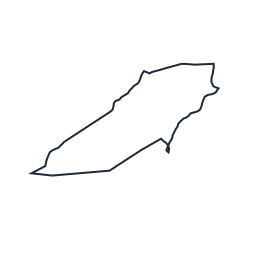 Santa Lúcia, São Paulo, Brazil (Albers equal-area conic projection), rotated 150°
{"feature_id": "56859067B77203657890753", "entity_name": "Santa Lúcia", "entity_type": "district", "adm_level": 2, "iso_a3": "BRA", "parent_name": "Brazil", "parent_adm1": "São Paulo", "projection": "albers", "projection_center": [-48.079, -21.668], "detail": "fine", "context": "isolated", "style": "outline", "palette": "slate", "viewbox_px": 256, "rotation_deg": 150, "n_neighbors": 0, "source": "geoboundaries", "source_scale": "gbopen_adm2", "svg_char_len": 1083}
<svg xmlns="http://www.w3.org/2000/svg" viewBox="0 0 256 256"><g transform="rotate(150 128 128)"><path d="M234.2,137.0L217.4,124.7L165.4,100.3L142.7,101.5L127.0,102.3L104.8,102.2L103.6,98.3L102.5,96.2L102.0,92.7L99.6,94.4L96.8,96.0L94.5,97.4L93.1,99.3L90.1,101.2L87.0,103.3L84.4,104.5L82.3,106.6L79.0,107.6L75.2,108.4L72.7,108.0L69.4,108.2L66.8,109.4L64.0,108.8L61.8,108.1L58.8,107.6L56.0,108.1L53.9,109.7L50.7,113.0L48.3,114.9L45.9,116.7L42.2,116.7L38.0,115.2L34.4,114.9L29.8,117.1L31.6,119.3L33.2,121.5L32.7,126.3L30.4,129.9L27.7,132.4L25.5,135.1L23.1,138.1L21.8,140.8L38.6,149.5L45.5,154.3L49.7,156.8L64.0,160.6L71.2,162.3L79.3,164.5L82.0,164.5L85.7,169.3L89.4,167.4L94.1,163.4L96.9,161.7L102.0,161.5L104.8,160.5L108.0,159.6L111.0,158.1L114.2,158.1L118.2,158.0L121.2,156.9L125.5,157.6L127.8,156.6L130.0,153.7L132.3,151.6L134.5,151.0L190.4,147.9L192.6,147.1L195.4,146.5L197.6,145.7L201.2,146.1L204.3,146.4L207.8,146.1L212.3,142.8L214.4,141.1L218.7,136.4L234.2,137.0ZM102.0,92.7L106.0,89.4L105.1,86.7L102.7,89.5L102.0,92.7Z" fill="none" stroke="#1e293b" stroke-width="2"/></g></svg>